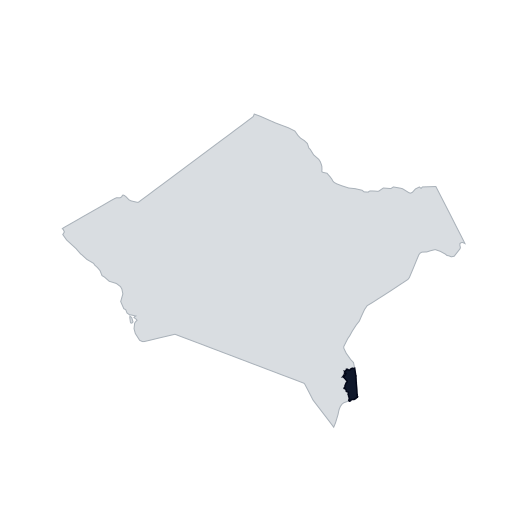 Banissa, North-Eastern, Kenya (highlighted), rotated 111°
{"feature_id": "3690345B63925745903052", "entity_name": "Banissa", "entity_type": "district", "adm_level": 2, "iso_a3": "KEN", "parent_name": "Kenya", "parent_adm1": "North-Eastern", "projection": "robinson", "projection_center": [40.459, 3.998], "detail": "fine", "context": "in_parent", "style": "filled", "palette": "ink", "viewbox_px": 512, "rotation_deg": 111, "n_neighbors": 0, "source": "geoboundaries", "source_scale": "gbopen_adm2", "svg_char_len": 6465}
<svg xmlns="http://www.w3.org/2000/svg" viewBox="0 0 512 512"><g transform="rotate(111 256 256)"><path d="M124.1,308.5L124.0,302.1L124.8,285.9L124.7,271.6L125.4,264.5L128.5,259.9L130.0,256.7L131.0,252.1L132.6,248.3L136.3,245.3L137.0,243.6L140.9,238.5L143.3,232.0L145.0,229.7L147.3,227.7L148.8,226.6L151.4,225.5L153.4,224.9L153.8,224.4L153.9,223.3L153.3,219.3L154.1,217.9L155.5,215.2L157.1,212.7L158.5,211.1L159.3,209.4L159.7,206.6L159.7,204.6L159.7,201.3L159.3,193.8L157.6,187.5L156.6,180.5L157.4,178.1L156.1,174.0L155.4,173.8L154.4,172.9L153.0,169.0L152.0,165.5L151.4,164.6L146.9,161.5L144.7,154.2L142.3,152.5L140.9,145.3L140.7,143.2L142.1,136.0L142.0,134.3L140.5,132.8L136.3,131.2L133.0,128.2L133.4,127.2L133.7,126.1L131.9,125.4L126.7,113.0L133.4,105.5L140.1,98.0L148.7,88.4L156.6,79.7L163.4,72.1L169.5,65.4L169.4,66.6L169.4,68.4L170.2,69.4L171.4,70.1L173.1,69.4L174.7,68.3L176.1,68.1L185.2,70.9L186.8,73.4L186.7,76.0L187.1,77.9L186.4,79.8L185.6,85.6L185.8,91.0L188.5,94.9L191.0,98.0L192.9,102.4L194.3,103.7L196.3,104.4L202.6,104.6L211.9,104.8L220.8,105.1L221.6,105.2L223.5,105.8L231.7,111.7L239.3,117.1L245.6,121.7L251.8,126.3L257.8,130.7L262.5,134.4L267.1,135.5L274.6,136.0L279.7,136.2L284.5,137.7L291.6,139.2L296.9,139.9L300.1,140.7L309.0,141.6L310.5,141.1L314.4,137.0L318.8,130.4L320.5,126.8L326.2,123.2L336.2,118.1L343.2,114.6L351.0,111.0L354.6,114.1L359.5,119.1L361.6,121.5L363.4,122.6L366.1,123.3L369.3,123.4L371.1,123.2L374.7,122.6L383.1,122.0L388.0,122.1L383.9,128.6L379.0,136.6L370.1,151.1L363.2,158.8L358.1,164.6L357.6,165.6L357.6,172.0L357.7,187.8L357.8,219.4L357.9,250.9L358.0,282.5L358.1,298.3L358.1,303.6L362.6,310.2L367.0,316.7L372.9,325.2L376.0,329.8L376.6,331.4L376.4,334.4L371.6,340.9L367.6,343.8L362.3,345.2L360.7,344.9L358.6,344.0L357.8,345.5L357.2,347.9L356.0,347.4L355.1,346.7L355.7,351.0L356.2,353.1L355.4,356.0L352.8,358.4L352.6,360.5L347.0,366.0L339.1,366.7L334.9,369.4L333.1,371.6L331.7,376.5L332.2,384.0L330.0,389.8L329.5,392.7L325.5,396.4L323.6,399.9L322.3,403.3L321.1,404.9L319.8,412.7L317.9,417.5L317.3,419.0L316.9,420.5L315.4,423.3L314.4,425.2L313.7,426.4L308.9,438.6L305.2,444.1L302.2,443.5L300.2,445.6L300.0,446.6L299.0,446.1L296.5,444.1L291.4,439.9L286.4,435.8L281.3,431.7L276.2,427.5L271.2,423.4L266.1,419.2L261.0,415.1L255.9,411.0L253.0,408.5L251.6,407.1L250.6,404.2L250.1,403.5L248.8,402.6L247.2,402.4L246.7,401.9L246.7,400.5L247.3,398.5L249.1,394.7L249.3,392.5L249.0,390.0L248.4,385.9L247.9,385.0L244.5,382.9L237.5,378.4L230.4,374.0L223.4,369.5L216.3,365.0L209.3,360.6L202.2,356.1L195.2,351.7L188.1,347.2L181.1,342.8L174.0,338.3L167.0,333.9L159.9,329.4L152.9,324.9L145.8,320.5L138.8,316.0L131.7,311.6L129.1,309.9L126.7,308.5L124.1,308.5ZM358.6,351.8L357.4,352.1L358.0,350.0L361.6,347.2L363.1,347.8L363.4,348.5L363.3,349.0L362.7,349.6L358.6,351.8Z" fill="#d9dde1" stroke="#a8b0b8" stroke-width="1"/><path d="M358.1,116.9L358.1,116.7L357.9,116.5L357.8,116.4L357.7,116.3L357.6,116.2L357.4,115.9L357.2,115.9L356.9,115.7L356.6,115.7L356.4,115.7L356.2,115.6L355.8,115.4L355.7,115.4L355.6,115.2L355.6,114.9L355.5,114.7L355.4,114.4L355.2,114.2L355.0,113.9L355.0,113.5L355.0,113.3L354.9,113.2L354.7,112.9L354.4,112.7L354.0,112.7L353.9,112.7L353.8,112.4L353.8,112.1L353.6,111.9L353.4,111.8L353.3,112.0L353.2,111.9L352.9,111.8L352.8,111.7L352.6,111.5L352.3,111.4L352.2,111.3L352.0,111.2L351.9,111.2L351.7,111.0L351.7,110.9L351.6,110.7L351.4,110.7L351.2,110.7L350.8,110.7L350.7,110.8L350.6,111.0L350.4,111.3L350.2,111.4L350.0,111.5L349.9,111.6L349.8,111.8L349.7,111.8L349.4,111.8L349.2,111.8L348.9,111.9L348.8,112.1L348.5,112.3L347.4,112.8L344.9,113.9L342.3,115.1L339.8,116.3L339.0,116.7L338.8,117.0L338.4,116.9L337.7,117.3L337.1,117.6L334.3,118.8L332.6,119.6L332.2,119.5L331.9,119.7L331.8,119.9L331.7,120.1L331.3,120.3L331.1,120.4L330.9,120.6L330.6,120.7L329.6,121.3L325.6,123.6L325.4,123.7L325.5,123.8L325.8,124.1L325.8,124.3L325.9,124.5L326.0,124.6L326.3,124.8L326.3,125.0L326.3,125.4L326.2,125.5L326.2,125.8L326.3,125.9L326.4,126.0L326.5,126.1L326.8,126.3L326.8,126.5L327.0,126.7L327.3,126.7L327.4,126.8L327.5,127.0L327.9,127.1L328.1,127.3L328.3,127.3L328.6,127.4L328.8,127.4L328.9,127.5L329.0,127.6L329.0,127.8L329.0,128.0L329.2,128.4L329.3,128.5L329.3,128.9L329.2,129.0L329.1,129.3L329.0,129.6L329.0,130.0L329.0,130.3L329.0,130.5L329.2,130.8L329.3,130.9L329.4,130.7L329.5,130.7L329.9,130.5L330.0,130.5L330.4,130.6L330.5,130.8L330.8,131.0L331.0,131.2L331.1,131.3L331.3,131.4L331.4,131.5L331.6,131.5L331.9,131.7L332.0,131.8L332.0,132.0L332.1,131.9L332.2,131.7L332.4,131.5L332.5,131.4L332.8,131.2L333.0,131.1L333.1,130.9L333.3,130.5L333.3,130.4L333.4,130.1L333.5,130.0L333.6,129.9L333.7,130.0L333.8,130.1L333.8,130.4L333.5,130.7L333.5,130.8L333.4,131.0L333.5,131.1L333.6,131.4L333.7,131.5L333.8,131.4L333.9,131.2L334.0,131.0L334.1,130.8L334.1,130.7L334.2,130.3L334.3,130.3L334.4,130.2L334.5,130.2L334.8,130.0L334.9,129.9L335.1,129.9L335.2,130.0L335.3,130.0L335.5,130.2L335.6,130.7L335.6,130.8L335.6,131.0L335.7,131.4L335.8,131.5L336.0,131.5L336.0,131.4L336.1,131.2L336.4,130.7L336.5,130.4L336.8,130.4L337.0,130.6L337.1,130.9L337.2,131.2L337.2,131.4L337.3,131.5L337.5,131.6L337.4,131.4L337.4,131.2L337.5,131.1L337.8,130.9L337.9,130.5L338.0,130.2L338.1,129.9L338.3,129.7L338.4,129.4L338.5,129.2L338.6,128.8L338.6,128.7L338.8,128.5L338.9,128.4L339.0,128.3L339.1,128.2L339.3,127.9L339.3,127.7L339.4,127.4L339.5,127.2L339.7,126.9L339.7,126.5L339.7,126.4L339.9,126.1L340.0,126.0L340.1,125.9L340.3,125.8L340.4,125.7L340.5,125.7L340.5,125.8L340.6,125.7L340.8,125.7L340.9,125.8L341.0,125.8L341.3,126.1L341.5,126.2L341.7,126.3L341.8,126.3L341.9,126.2L342.0,126.2L342.2,126.3L342.3,126.3L342.5,126.4L343.3,126.4L343.5,126.4L343.9,126.4L344.8,126.4L344.9,126.5L345.0,126.5L345.3,126.4L345.6,126.1L345.8,126.0L346.3,126.1L346.5,126.1L347.2,126.4L347.5,126.4L348.1,126.3L348.1,126.2L348.0,125.9L348.0,125.7L348.1,125.2L348.2,124.6L348.3,124.4L348.5,124.1L348.7,123.9L348.9,123.8L349.2,123.6L349.3,123.6L349.6,123.5L349.7,123.4L349.9,123.3L350.0,123.1L350.0,122.9L350.1,122.3L350.0,121.2L350.0,120.9L350.3,120.8L350.4,120.7L350.5,120.7L350.9,120.5L351.5,120.5L351.9,120.6L352.0,120.6L352.3,120.3L352.5,120.0L352.8,119.7L353.2,119.6L353.6,119.4L353.7,119.2L353.8,119.0L354.0,118.9L354.3,118.7L354.5,118.6L354.7,118.4L354.8,118.4L355.1,118.3L355.1,118.2L355.3,118.0L355.4,117.9L355.6,117.8L355.8,117.6L356.0,117.5L356.7,117.7L357.2,117.8L357.4,117.7L357.5,117.7L357.8,117.2L358.1,116.9Z" fill="#0f172a" stroke="#020617" stroke-width="1.5"/></g></svg>